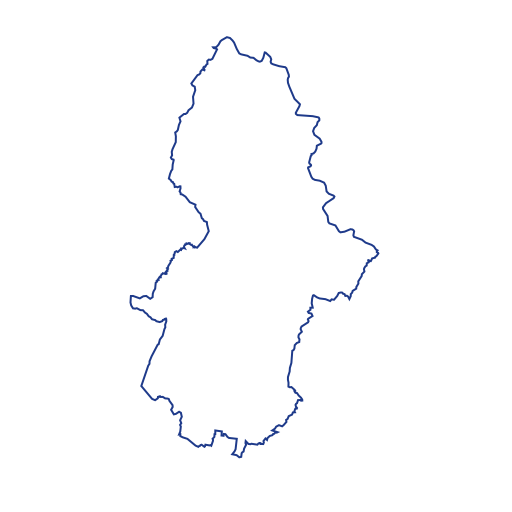 Ia Grai, Gia Lai, Vietnam, rotated 108°
{"feature_id": "81297802B6416238429405", "entity_name": "Ia Grai", "entity_type": "district", "adm_level": 2, "iso_a3": "VNM", "parent_name": "Vietnam", "parent_adm1": "Gia Lai", "projection": "albers", "projection_center": [107.729, 13.99], "detail": "fine", "context": "isolated", "style": "outline", "palette": "blue", "viewbox_px": 512, "rotation_deg": 108, "n_neighbors": 0, "source": "geoboundaries", "source_scale": "gbopen_adm2", "svg_char_len": 6110}
<svg xmlns="http://www.w3.org/2000/svg" viewBox="0 0 512 512"><g transform="rotate(108 256 256)"><path d="M213.1,142.2L212.7,144.0L210.5,146.8L209.7,149.5L209.4,156.0L207.8,160.2L207.5,168.8L206.2,169.8L202.2,170.3L201.4,171.2L201.0,172.5L201.3,174.4L205.5,179.3L207.4,183.0L206.8,184.8L202.4,189.9L202.3,196.3L201.2,197.8L195.8,200.3L190.6,206.7L189.0,207.4L184.1,205.7L176.9,200.0L175.2,199.8L174.6,200.9L174.3,205.9L172.8,208.8L167.6,211.4L165.2,213.9L164.7,218.7L165.4,223.5L165.0,226.0L163.5,227.9L156.3,233.7L155.6,233.8L153.9,231.9L152.9,231.6L152.2,232.0L151.5,233.8L150.5,234.4L144.0,234.8L143.1,234.3L141.9,234.8L140.7,233.0L138.4,231.9L135.2,231.6L132.3,232.2L129.1,228.9L128.3,228.6L127.2,229.0L124.7,231.7L122.7,237.9L119.7,240.3L116.2,240.2L112.8,238.6L109.6,238.8L107.5,237.7L106.0,238.1L105.0,239.0L104.9,239.8L105.5,245.3L109.2,260.2L108.5,262.0L107.5,262.4L100.0,261.0L98.1,261.1L94.6,268.0L84.7,276.6L81.4,279.1L78.6,280.3L76.9,280.5L75.3,280.1L73.6,280.8L68.0,285.2L67.4,286.5L68.3,292.6L68.4,298.9L68.1,301.0L66.8,302.1L64.2,302.3L62.2,304.0L59.6,309.7L59.7,310.6L65.3,310.3L68.7,310.9L70.0,312.4L70.1,313.8L69.7,316.1L68.3,319.6L69.0,322.8L68.2,325.9L68.8,332.5L68.5,334.5L65.0,338.3L59.8,342.8L58.3,344.9L56.7,348.1L56.9,351.3L61.3,355.3L62.8,356.2L66.5,356.9L69.0,358.0L70.0,358.8L70.8,361.2L71.3,360.5L71.1,357.8L71.5,356.9L82.0,358.4L83.5,359.9L83.8,361.6L85.6,362.6L88.3,361.5L89.3,362.3L91.7,362.7L91.8,363.7L92.9,364.3L94.8,362.5L95.3,362.5L95.1,364.6L97.7,365.8L99.5,365.4L101.1,366.3L102.0,367.5L111.9,370.8L113.4,369.2L113.9,366.6L117.1,365.0L124.0,365.1L130.4,362.5L134.6,362.8L138.2,365.2L141.1,365.7L142.7,366.9L143.2,368.4L148.1,371.6L151.3,369.4L155.1,369.8L160.3,369.3L161.9,369.8L163.5,371.0L166.9,369.2L172.5,367.5L180.3,368.4L183.0,368.3L186.2,366.9L188.7,367.4L189.9,366.0L189.8,364.2L190.2,363.9L194.7,363.5L199.5,362.3L201.1,362.9L204.6,363.1L209.3,362.8L210.1,360.6L211.4,359.2L211.3,358.0L212.6,356.9L212.6,356.1L215.5,354.6L214.7,353.1L214.9,351.8L213.2,350.0L213.1,349.4L215.0,348.7L218.2,348.6L219.0,347.4L220.5,346.7L220.3,345.1L221.4,341.3L225.3,335.6L225.9,329.4L228.2,329.0L232.0,324.2L233.0,321.8L236.8,319.2L237.4,317.6L238.7,316.4L238.9,313.2L241.3,312.2L247.0,308.6L256.0,310.3L266.3,314.6L266.2,316.4L266.8,316.8L266.5,317.5L266.8,317.9L266.0,318.0L266.4,318.8L265.1,320.5L265.5,321.0L265.1,322.7L264.3,323.0L264.6,324.1L265.5,324.6L265.5,326.0L266.2,325.9L266.8,326.9L267.3,326.6L268.2,327.4L269.7,327.3L270.7,326.2L270.6,327.6L271.7,328.2L272.0,329.5L273.4,329.2L273.4,330.0L276.4,331.6L276.0,333.2L277.4,334.4L278.9,334.1L280.1,334.5L280.4,334.1L280.8,334.4L283.3,333.7L284.7,335.3L285.8,334.7L286.9,335.8L287.6,335.3L289.2,335.4L292.4,336.3L293.9,336.2L295.0,336.9L295.5,335.7L296.9,336.2L297.4,335.7L297.9,336.4L298.9,336.8L298.8,336.1L299.8,336.3L300.5,335.6L301.0,336.1L301.2,339.3L301.9,339.4L302.7,340.2L304.2,340.2L305.2,340.9L305.8,340.2L306.4,341.4L308.0,341.8L308.8,341.3L309.1,342.2L309.8,342.1L310.4,342.7L311.0,342.2L312.4,343.1L318.3,341.8L321.3,342.5L323.8,342.5L327.1,341.6L329.4,343.4L327.9,348.0L329.1,350.7L332.2,353.4L332.0,360.6L332.7,362.6L333.2,362.5L339.0,361.0L341.6,359.4L343.8,356.8L343.4,354.6L342.5,353.2L343.2,349.2L342.5,346.7L344.1,344.1L344.7,341.9L346.5,339.4L346.9,337.4L348.3,335.4L348.1,332.0L348.8,330.6L348.6,327.2L346.9,325.0L345.6,324.8L344.7,323.3L344.1,323.4L343.3,322.3L343.7,321.9L345.9,321.1L349.4,321.2L351.9,320.2L353.9,320.5L360.8,320.1L365.1,321.6L370.0,321.3L370.7,322.1L383.7,324.3L389.0,324.7L391.5,324.0L393.6,324.6L415.1,324.9L424.0,310.7L424.3,307.4L421.7,305.4L420.3,305.7L419.1,304.1L419.7,303.7L418.8,301.1L419.5,298.4L418.9,295.9L419.0,294.7L420.5,293.6L423.6,289.3L425.3,288.6L428.5,289.2L432.0,285.2L430.9,283.4L427.9,281.0L428.3,279.0L431.8,276.9L435.7,277.4L438.1,275.4L440.1,276.0L441.4,274.8L446.4,273.8L449.5,274.0L448.9,272.9L450.7,272.3L451.1,269.6L451.1,264.7L455.0,254.9L455.3,252.1L454.9,252.1L454.2,250.8L453.0,250.4L452.3,249.4L453.4,246.1L452.8,245.7L451.1,245.8L450.5,241.6L450.0,241.0L450.3,239.9L445.2,239.8L444.0,240.1L443.3,240.8L440.9,239.7L438.3,240.4L438.0,239.7L434.5,240.8L433.4,234.3L437.4,233.3L437.0,231.3L435.2,231.6L434.9,230.0L436.9,227.2L437.4,225.5L435.8,217.8L446.1,215.7L448.3,216.0L451.9,217.3L451.4,212.9L452.6,209.7L451.6,208.0L448.0,208.7L447.0,208.4L445.8,207.4L442.9,207.8L438.6,207.1L437.2,208.2L435.2,208.6L437.1,205.1L436.7,203.1L436.0,202.4L435.0,196.4L433.6,195.8L432.7,194.8L432.6,193.9L433.4,193.6L432.6,191.0L431.0,190.9L429.7,191.7L426.6,190.6L427.5,188.7L425.6,188.8L422.9,187.3L421.3,185.0L420.0,184.7L419.4,183.7L417.5,182.9L417.6,181.7L416.9,181.0L416.9,186.6L414.3,184.6L412.1,184.1L409.8,181.9L409.9,178.5L408.3,177.5L404.4,175.8L402.6,176.7L401.2,175.6L398.2,175.4L395.7,172.7L393.4,172.6L392.6,170.7L391.8,171.5L389.4,171.5L388.8,171.3L388.6,170.1L387.9,170.0L386.8,171.5L385.4,172.4L384.2,172.2L383.3,171.5L380.1,171.5L379.3,169.4L379.7,168.4L379.2,167.3L378.2,167.7L376.8,169.5L375.5,172.3L373.7,174.6L373.9,176.2L372.9,177.5L372.4,177.8L372.0,177.2L371.4,177.9L369.7,181.8L370.4,183.3L370.2,184.8L366.5,185.9L363.8,187.4L361.2,188.2L355.5,188.3L351.9,189.2L346.8,189.3L334.9,192.2L333.8,191.2L332.2,190.9L328.8,191.6L326.1,190.3L324.5,188.3L321.8,188.9L320.4,190.4L318.9,190.9L317.4,190.9L313.9,189.0L311.7,191.0L310.6,191.1L309.0,190.9L303.0,186.0L301.7,185.9L300.2,187.1L299.6,187.0L295.6,183.7L293.6,185.5L293.9,188.3L292.9,189.4L290.3,187.6L288.4,188.3L287.6,186.1L283.8,188.4L279.4,189.4L276.0,189.6L275.4,188.9L276.5,185.1L276.7,182.4L275.6,176.6L275.9,171.5L273.9,170.7L273.5,168.3L268.9,166.4L265.6,165.9L264.4,163.9L264.2,162.5L265.0,161.6L264.9,160.0L266.4,158.7L265.7,157.4L266.1,155.9L268.1,153.9L264.9,153.5L263.0,154.1L261.1,153.2L259.3,153.3L256.1,150.6L254.4,151.0L250.6,150.1L248.5,150.9L242.4,149.3L240.6,149.7L237.3,148.1L235.1,149.3L234.1,149.3L232.1,148.8L230.9,147.8L228.7,148.4L227.2,146.9L225.4,148.0L225.1,147.6L225.6,146.0L225.4,145.2L222.4,144.8L220.8,142.3L219.8,142.3L219.1,141.5L215.8,140.4L215.3,140.8L215.0,142.3L213.9,142.6L213.1,142.2Z" fill="none" stroke="#1e3a8a" stroke-width="2"/></g></svg>